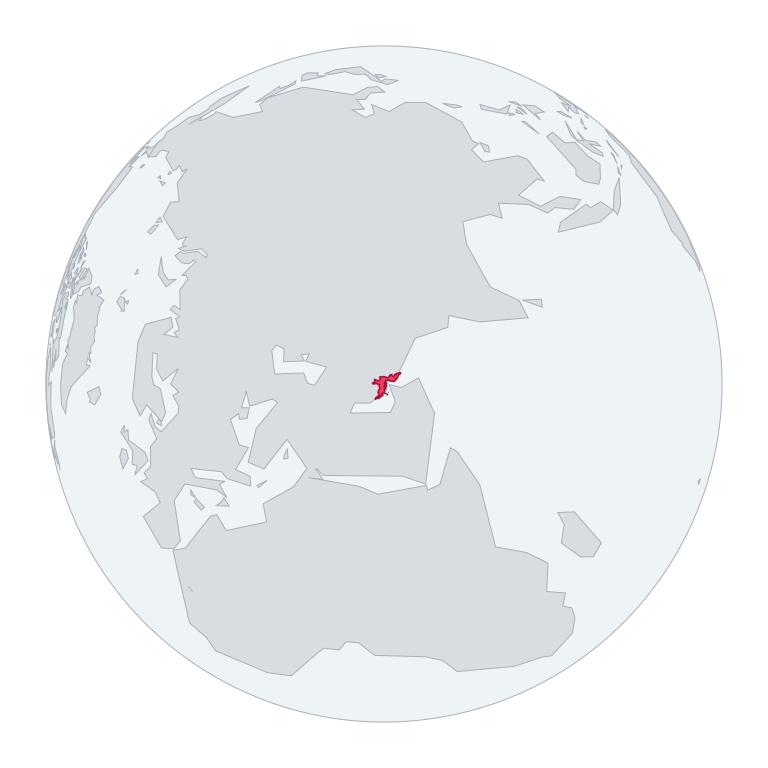 globe centered on Hormozgan, rotated 296°
{"feature_id": "IRN-3228", "entity_name": "Hormozgan", "entity_type": "Province", "adm_level": 1, "iso_a3": "IRN", "parent_name": "Iran", "parent_adm1": "", "projection": "orthographic", "projection_center": [56.023, 27.172], "detail": "fine", "context": "on_globe", "style": "filled", "palette": "rose", "viewbox_px": 768, "rotation_deg": 296, "n_neighbors": 0, "source": "natural_earth", "source_scale": "10m", "svg_char_len": 15249}
<svg xmlns="http://www.w3.org/2000/svg" viewBox="0 0 768 768"><g transform="rotate(296 384 384)"><circle cx="384" cy="384" r="338" fill="#eef3f6" stroke="#a8b0b8"/><path d="M448.2,52.2L448.6,52.3L449.8,52.5L461.6,55.1L456.8,54.1L469.5,57.1L481.1,60.3L479.2,59.8L492.2,64.0L489.3,63.3L493.9,65.3L489.4,64.5L473.5,59.7L470.2,59.4L479.6,62.5L480.9,64.4L467.7,59.7L468.7,62.8L442.2,57.6L410.4,49.3L392.2,49.2L350.2,49.2L350.5,50.0L334.8,51.8L329.3,53.6L323.1,54.0L324.1,55.3L330.9,54.7L333.6,55.3L331.0,56.7L322.5,57.0L322.6,56.4L318.8,57.3L315.7,57.1L315.8,58.0L305.9,58.9L311.7,60.2L300.5,62.8L295.1,62.9L300.9,59.9L302.5,56.2L299.8,56.7L324.1,51.4L348.8,47.9L373.7,46.2L398.7,46.4L423.6,48.4L448.2,52.2ZM246.2,75.4L247.9,74.7L246.8,75.7L259.2,70.8L260.6,70.8L271.3,67.9L264.0,71.7L251.1,77.4L241.8,80.4L235.9,83.4L240.1,83.9L218.4,93.9L196.3,108.8L191.3,111.6L189.9,109.5L201.5,100.0L200.3,100.4L222.8,87.0L246.2,75.4ZM197.5,102.2L195.0,104.3L182.6,112.7L178.1,116.2L175.4,118.5L177.9,117.1L172.4,121.3L174.1,119.2L179.3,115.1L179.1,115.3L180.5,114.2L197.5,102.2ZM495.4,65.8L498.4,66.7L499.5,67.5L495.4,65.8ZM274.6,66.1L273.0,67.0L271.8,67.0L274.6,66.1ZM280.8,64.2L280.7,63.7L283.6,62.8L283.6,63.1L280.8,64.2ZM493.6,67.1L494.5,68.5L490.8,66.2L493.6,67.1ZM280.3,65.2L288.8,61.3L293.9,59.8L298.3,60.0L280.3,65.2ZM493.2,68.7L495.7,73.0L502.5,75.1L484.6,72.5L488.5,69.1L482.8,65.7L489.3,68.1L493.2,68.7ZM334.1,54.0L326.8,54.7L335.3,53.1L334.1,54.0ZM338.9,52.9L361.1,48.7L370.6,49.0L361.2,50.1L375.5,50.2L369.2,52.2L360.0,52.7L355.1,51.9L356.4,53.5L338.9,52.9ZM474.3,70.8L472.5,71.4L471.3,69.9L474.3,70.8ZM335.3,55.5L338.9,54.3L347.4,54.4L341.7,56.8L340.8,55.9L335.3,55.5ZM382.3,49.4L387.6,50.3L383.9,52.1L385.5,52.8L369.8,52.4L382.3,49.4ZM337.5,56.6L338.5,58.1L332.2,59.4L332.3,56.7L337.5,56.6ZM352.1,53.5L355.8,53.8L351.8,54.4L352.1,53.5ZM310.2,66.1L314.3,64.1L319.1,63.9L310.2,66.1ZM339.4,58.6L341.5,58.2L343.9,58.0L343.2,59.3L339.4,58.6ZM368.4,54.0L365.7,54.8L374.6,54.2L372.2,56.0L362.2,55.6L365.5,56.6L364.8,57.2L357.4,56.2L368.4,54.0ZM349.6,60.4L336.1,61.3L327.3,64.8L322.8,64.9L337.7,59.4L349.6,60.4ZM354.9,57.9L350.6,59.4L347.2,58.6L348.0,57.1L354.9,57.9ZM374.2,57.6L380.4,54.9L382.4,55.1L374.2,57.6ZM347.8,61.5L351.1,61.3L347.5,61.8L347.8,61.5ZM366.9,58.8L368.8,57.7L371.0,58.0L366.9,58.8ZM356.1,62.1L351.7,62.2L352.1,61.1L356.1,62.1ZM361.6,60.7L364.1,61.4L354.9,60.6L362.1,60.1L361.6,60.7ZM368.6,59.3L370.5,59.1L367.5,59.8L368.6,59.3ZM357.1,66.9L345.4,66.1L346.2,63.3L357.5,64.4L357.1,66.9ZM73.5,406.2L70.4,349.6L78.2,335.5L84.1,313.8L142.0,267.2L149.2,277.3L189.1,286.0L193.2,290.9L183.1,306.4L208.6,339.0L223.3,327.8L251.8,347.7L274.3,351.8L291.9,321.0L255.1,313.4L254.1,296.3L287.9,288.7L320.8,296.5L321.5,290.2L305.2,273.0L317.3,263.4L300.1,266.3L303.7,273.5L292.9,276.0L289.0,269.7L293.5,266.2L284.8,261.5L265.8,280.6L267.5,290.0L242.1,288.1L242.3,304.0L233.8,309.1L230.2,284.3L234.0,276.5L223.5,247.6L217.1,255.3L226.7,283.6L221.6,280.1L213.1,292.3L215.6,280.2L206.9,248.8L187.1,246.6L153.7,269.7L143.8,267.3L139.1,256.0L159.4,225.8L179.3,234.9L186.7,225.7L189.6,208.2L195.4,212.9L199.0,207.3L207.2,210.5L225.6,201.5L235.0,203.8L248.8,188.2L255.4,187.6L245.4,196.7L243.4,204.8L267.4,211.8L274.0,209.5L281.1,199.2L286.8,203.1L290.5,192.3L307.6,192.3L289.9,183.8L297.7,173.1L311.6,167.2L310.9,162.5L288.4,172.3L282.2,177.8L282.0,184.7L262.5,200.3L252.8,200.7L261.2,179.8L248.4,178.7L260.5,164.2L314.1,144.4L333.1,143.4L350.6,163.5L342.3,169.2L332.0,164.4L335.5,178.4L338.1,172.6L342.9,176.3L351.5,168.1L355.3,170.4L357.1,159.2L362.7,161.1L361.5,168.2L379.1,159.2L392.5,161.7L394.7,158.7L393.2,154.8L411.3,161.3L412.0,158.9L406.4,155.7L404.3,149.0L407.7,140.1L413.8,142.9L413.4,146.4L421.7,158.6L419.7,168.5L422.5,168.8L425.7,161.0L415.6,145.9L415.9,139.9L421.9,146.2L419.8,143.4L421.8,141.4L429.5,142.1L423.4,135.1L437.8,112.1L454.2,112.4L457.9,119.9L474.4,109.9L491.5,113.0L486.3,109.8L490.7,104.2L485.4,103.0L483.2,101.1L491.9,88.6L498.7,88.6L496.6,81.5L493.9,80.1L488.7,79.6L484.6,72.5L502.5,75.1L507.7,78.0L515.4,78.5L526.1,85.4L538.5,92.1L545.8,100.7L555.0,106.0L556.9,105.7L570.9,113.6L592.9,132.2L566.4,118.0L531.8,94.7L545.2,103.7L539.5,102.4L542.8,106.3L552.5,113.2L555.2,113.5L557.5,131.5L575.6,155.4L580.6,149.8L590.3,154.0L615.3,181.1L630.4,229.4L643.4,239.2L648.5,248.0L646.8,256.8L639.3,244.0L631.7,242.6L627.7,234.6L622.4,245.9L616.5,235.1L615.2,250.1L622.8,257.0L629.7,250.4L631.2,269.2L646.4,279.7L655.3,297.9L653.5,339.0L641.0,357.2L641.7,363.7L633.1,360.0L627.1,376.0L647.6,403.9L648.9,413.8L636.7,438.9L635.4,431.8L612.7,422.1L612.3,446.8L629.7,459.9L635.9,480.0L624.2,477.8L617.5,460.3L609.4,456.3L608.8,435.4L596.7,407.6L584.7,417.6L583.0,405.1L564.5,383.7L545.7,397.0L517.8,436.9L518.3,468.8L506.7,484.5L481.7,442.7L474.0,412.2L462.8,416.5L438.8,392.0L391.3,392.4L386.5,384.2L377.1,388.0L360.6,379.5L353.9,365.8L343.0,366.2L361.2,402.2L373.2,401.9L385.8,388.6L388.4,401.3L404.6,412.3L379.8,442.3L312.4,465.2L309.2,441.0L275.2,369.4L278.1,362.1L278.1,361.3L277.9,359.7L271.4,371.1L266.7,357.0L281.2,406.5L282.2,426.7L311.4,466.5L307.8,469.9L318.3,478.3L355.7,471.7L355.2,479.6L335.5,514.2L286.5,555.7L295.0,586.2L294.9,609.9L268.8,621.1L275.7,638.7L262.9,642.0L265.1,651.1L257.4,658.2L242.8,662.5L213.2,653.8L207.7,645.6L187.4,624.9L157.6,575.9L161.2,558.2L157.0,540.8L136.0,494.6L140.3,474.5L135.6,462.8L125.4,460.3L120.4,446.2L114.6,442.8L81.2,428.6L73.5,406.2ZM116.4,296.8L113.4,302.8L116.4,296.8ZM352.2,322.1L374.1,325.1L370.1,303.8L378.3,303.5L373.9,296.7L369.8,302.3L360.0,284.0L371.6,278.9L372.0,270.1L364.6,268.7L345.0,281.3L358.7,306.9L351.2,314.9L352.2,322.1ZM182.5,112.8L182.1,113.2L178.5,116.2L178.4,116.0L182.5,112.8ZM173.4,124.1L164.8,130.7L170.9,125.5L169.0,126.0L179.4,116.5L189.4,112.6L183.0,115.7L173.4,124.1ZM196.1,103.9L188.4,109.6L196.4,103.6L196.1,103.9ZM211.0,176.6L211.5,181.5L205.0,186.8L193.2,186.5L202.4,178.6L211.0,176.6ZM213.7,187.6L225.4,168.4L233.2,168.6L226.8,171.6L230.8,173.7L221.7,179.1L217.8,199.2L211.8,205.4L193.2,199.9L202.6,197.9L201.5,192.8L213.7,187.6ZM241.3,127.0L246.4,120.9L256.7,128.9L250.8,133.9L238.6,133.2L238.5,127.1L241.3,127.0ZM286.5,67.3L287.8,66.1L290.2,65.8L291.0,66.6L286.5,67.3ZM311.7,65.2L283.3,73.1L283.3,71.9L266.6,79.2L260.2,79.0L271.3,74.0L253.9,79.9L261.3,75.4L249.4,80.1L274.7,69.1L280.7,66.0L276.4,69.3L282.1,69.5L286.4,68.6L302.9,64.2L318.5,58.5L326.7,58.6L328.3,60.1L325.8,61.5L321.3,60.8L321.1,63.1L312.7,63.4L311.7,65.2ZM342.3,90.2L338.2,86.9L336.5,95.5L328.0,94.1L328.4,95.2L320.1,96.6L310.7,100.4L307.6,99.1L305.3,101.2L299.8,102.5L295.5,105.1L288.5,104.1L282.8,107.3L282.7,105.0L274.6,111.2L277.6,106.2L270.7,108.0L271.5,111.8L244.4,104.0L230.8,106.0L217.8,110.8L224.5,102.9L241.0,93.9L260.9,86.4L273.0,86.2L273.9,83.2L279.9,82.4L276.7,85.1L285.3,80.6L289.4,80.8L307.2,76.9L316.9,71.2L323.7,70.0L321.9,72.4L329.8,69.6L331.1,73.6L335.9,73.0L342.0,76.8L335.8,82.5L341.7,81.5L346.6,84.9L342.3,90.2ZM358.5,68.0L353.0,74.1L345.7,76.6L338.2,69.1L333.6,69.1L328.5,65.3L339.2,62.0L339.7,63.2L342.6,63.8L338.1,64.6L344.0,64.4L344.8,66.3L349.5,66.9L346.4,68.6L358.5,68.0ZM201.2,286.5L204.9,288.7L211.6,290.1L206.3,298.3L201.2,286.5ZM194.7,265.2L198.6,265.4L194.4,276.7L190.6,274.8L194.7,265.2ZM204.4,256.4L199.2,264.5L199.7,259.0L204.4,256.4ZM249.3,196.7L253.9,196.7L253.0,199.3L248.9,202.4L249.3,196.7ZM335.6,118.7L334.4,115.6L336.6,114.8L340.6,107.7L347.2,108.6L347.4,113.3L335.6,118.7ZM283.6,325.4L275.1,330.3L272.6,326.7L276.0,325.7L283.6,325.4ZM237.3,314.4L246.2,321.2L235.8,316.6L237.3,314.4ZM343.4,118.5L344.3,115.3L347.1,117.8L343.4,118.5ZM352.3,109.0L356.1,111.3L348.5,107.9L352.3,109.0ZM433.9,709.0L437.8,710.0L432.1,710.7L433.9,709.0ZM352.5,611.2L336.5,649.0L320.4,647.8L314.8,636.4L318.9,613.1L336.7,607.5L344.7,596.6L352.5,611.2ZM680.8,503.1L685.0,500.9L684.6,502.4L680.8,503.1ZM676.5,502.1L681.9,498.5L675.1,505.7L676.5,502.1ZM683.9,497.1L689.3,490.4L691.7,486.3L690.9,489.5L683.9,497.1ZM672.6,504.8L648.8,518.2L638.5,519.7L641.6,513.5L658.2,506.4L672.6,504.8ZM640.7,513.8L624.2,507.0L596.9,474.2L606.8,471.7L634.4,487.1L632.8,492.2L642.8,498.9L640.7,513.8ZM678.1,467.7L676.3,481.7L663.8,488.3L657.7,489.5L653.6,474.8L656.0,464.9L661.2,462.4L677.7,421.8L684.2,425.0L679.9,441.0L685.0,449.4L678.1,467.7ZM520.1,471.5L529.2,488.3L522.4,492.6L520.1,471.5ZM681.7,396.2L676.8,413.9L680.5,392.3L681.7,396.2ZM682.3,377.2L683.9,383.6L680.1,379.1L682.3,377.2ZM644.0,373.0L638.7,377.4L637.3,372.7L643.2,364.4L644.0,373.0ZM661.9,313.5L666.7,327.3L667.4,332.6L662.6,325.7L661.9,313.5ZM400.9,127.9L387.9,136.3L382.9,144.2L386.9,151.2L375.7,145.6L383.4,133.2L400.9,127.9ZM432.6,113.5L429.0,108.4L434.2,108.9L435.7,110.1L432.6,113.5ZM427.9,111.6L416.6,108.8L417.0,104.9L425.8,107.8L427.9,111.6ZM379.7,112.2L375.4,114.4L373.3,112.2L379.7,112.2ZM651.3,590.7L628.2,616.0L623.6,618.7L631.1,609.9L639.4,591.2L641.5,590.1L648.0,575.1L672.0,547.0L691.1,509.9L697.2,503.7L706.2,477.8L710.1,470.8L704.9,489.0L705.0,489.7L694.8,516.6L682.5,542.5L667.9,567.3L651.3,590.7ZM691.1,495.7L698.0,480.5L700.7,476.8L691.1,495.7ZM716.5,444.0L714.7,450.3L716.4,441.9L717.1,433.9L712.4,440.3L711.4,436.2L713.9,428.5L709.6,430.2L714.5,420.3L715.6,429.9L718.0,416.0L720.3,411.1L721.0,408.5L716.5,444.0ZM712.7,447.8L713.4,446.6L712.4,451.5L712.7,447.8ZM703.0,450.6L702.5,454.4L701.0,453.4L703.0,450.6ZM705.2,446.3L709.4,444.6L704.6,449.7L705.2,446.3ZM688.1,450.0L690.0,456.8L695.8,446.7L691.3,458.0L694.4,468.3L692.6,474.5L689.8,463.1L687.4,479.3L684.7,481.1L684.0,469.3L687.2,451.3L689.8,442.7L699.8,431.3L688.1,450.0ZM705.5,436.2L704.2,428.0L705.0,420.5L706.5,424.0L705.5,436.2ZM698.8,408.9L693.5,401.3L690.0,408.9L695.7,386.6L700.1,397.4L698.8,408.9ZM692.2,387.3L689.1,394.3L691.4,382.0L692.2,387.3ZM687.5,391.3L685.8,383.8L688.9,382.5L687.5,391.3ZM694.1,386.1L692.4,372.2L695.2,378.8L694.1,386.1ZM680.8,367.4L690.0,375.0L680.4,376.2L673.7,351.1L677.3,347.7L680.8,367.4ZM661.1,250.8L656.7,244.6L658.2,240.5L660.8,245.8L661.1,250.8ZM658.9,223.7L657.1,237.4L654.9,249.6L658.5,250.9L663.3,264.0L654.7,255.8L651.8,238.9L654.5,231.9L649.3,221.6L647.7,212.0L639.2,201.0L636.7,194.7L645.3,202.7L658.9,223.7ZM635.4,196.7L620.0,177.0L625.5,175.1L630.1,178.9L634.8,188.5L631.7,188.9L635.4,196.7ZM617.9,171.9L614.7,172.4L585.4,149.9L580.5,144.9L605.7,159.6L604.1,161.1L610.3,167.3L617.9,171.9ZM476.1,72.6L472.8,71.5L476.0,71.7L476.1,72.6ZM480.2,100.7L477.7,98.2L481.5,98.1L480.2,100.7ZM473.1,91.5L470.5,93.3L470.7,90.2L473.1,91.5ZM465.1,97.9L468.2,93.5L468.9,99.4L465.1,97.9Z" fill="#d9dde1" stroke="#a8b0b8" stroke-width="1"/><path d="M401.2,394.0L400.9,394.1L400.6,394.3L400.4,394.2L400.2,394.3L400.0,394.2L399.8,394.1L399.6,393.8L399.4,393.6L399.2,393.5L398.9,393.3L398.4,393.3L397.4,393.2L397.1,393.2L396.8,393.2L396.7,393.2L396.4,393.1L396.2,393.3L395.9,393.4L395.6,393.5L395.4,393.5L394.9,393.4L394.6,393.2L394.5,392.8L394.3,392.6L394.1,392.6L393.9,392.7L393.7,392.8L393.4,393.0L393.3,392.7L393.3,392.4L393.2,392.4L392.5,392.4L392.3,392.3L392.1,392.4L391.6,392.3L391.6,392.2L390.9,392.2L390.8,391.8L390.6,391.5L390.5,391.1L390.3,390.9L390.2,390.9L390.1,390.4L390.1,390.2L390.3,389.9L390.2,389.7L389.9,389.3L389.9,389.2L389.8,388.7L389.7,388.6L389.6,388.4L389.6,387.5L389.6,387.2L389.3,385.9L389.2,385.8L389.0,385.6L389.0,385.4L388.7,385.3L388.8,385.3L389.0,385.2L388.9,385.1L389.0,385.0L388.8,385.1L388.7,385.1L388.6,384.9L388.5,385.0L388.4,384.9L388.5,384.6L388.4,384.5L388.2,384.4L388.1,384.2L388.0,384.3L387.9,384.3L387.8,384.2L387.7,384.1L387.1,384.1L386.9,384.1L386.2,384.0L385.9,383.8L385.7,383.8L385.4,383.8L385.2,383.9L385.0,384.0L384.5,384.1L384.4,384.2L384.4,384.3L383.8,384.6L383.6,384.9L383.1,385.0L382.8,385.0L382.6,385.0L382.4,385.0L382.2,385.0L381.8,385.3L381.5,385.6L381.7,385.8L381.5,386.1L381.4,386.3L381.2,386.4L380.9,386.4L380.7,386.4L380.3,386.3L380.0,386.2L379.8,386.3L379.7,386.6L379.2,386.8L378.8,387.1L378.2,387.5L377.7,387.8L377.5,388.0L377.3,387.9L376.8,387.9L376.6,387.9L376.5,387.7L376.4,387.6L376.3,387.4L376.1,387.4L375.6,387.4L375.4,387.3L375.1,386.8L375.0,386.6L374.9,386.6L374.6,386.7L374.1,386.7L373.6,386.5L373.5,386.4L373.4,386.4L373.0,386.6L372.5,386.7L372.4,386.7L372.2,386.6L371.9,386.6L371.6,386.4L371.2,386.1L370.7,385.7L370.6,385.3L370.5,385.1L370.3,384.9L368.5,384.3L368.3,384.2L368.1,384.0L367.8,383.9L367.7,383.8L367.7,383.7L367.4,383.5L366.9,383.1L366.5,382.9L366.6,382.7L367.2,382.6L367.5,382.7L368.0,382.6L368.2,382.9L368.5,383.2L369.7,383.4L369.9,383.4L370.3,383.8L370.5,383.9L370.9,383.8L371.0,383.8L372.6,384.1L373.2,383.8L373.3,383.6L373.3,383.4L373.4,383.0L373.5,382.6L373.7,382.3L374.2,382.1L375.6,382.0L376.0,382.0L376.5,382.0L376.9,381.9L378.3,382.1L379.0,381.9L379.3,381.6L379.5,381.1L379.7,380.8L380.4,380.4L380.9,380.3L381.2,380.3L381.3,380.2L381.5,380.2L381.6,379.7L381.3,379.3L380.9,378.9L380.9,378.7L381.2,377.5L381.2,376.9L381.1,376.5L379.5,375.0L379.5,374.7L379.7,374.4L379.4,373.5L379.8,373.5L380.8,373.8L381.2,374.2L381.4,374.5L381.7,374.6L381.9,374.7L382.2,374.7L383.2,373.9L383.8,373.6L384.0,373.6L384.1,373.8L384.2,376.0L384.1,376.5L384.2,377.1L384.7,377.7L385.1,378.1L385.6,378.4L386.3,378.5L386.6,378.4L387.2,378.1L387.8,377.6L387.9,377.4L388.2,377.2L388.4,377.2L389.0,377.5L389.0,378.2L389.2,379.1L389.3,379.2L389.4,379.3L389.5,379.3L389.8,379.5L390.0,379.7L390.1,380.0L390.4,380.2L390.6,380.6L390.6,380.9L390.5,381.0L390.4,381.2L390.5,381.3L390.8,381.7L391.0,382.2L391.2,384.4L391.3,384.7L392.9,385.5L393.3,385.8L393.7,385.6L393.8,385.4L394.0,385.3L394.4,385.3L394.7,385.5L395.1,385.8L395.4,386.2L395.6,386.5L395.2,386.4L395.1,386.5L395.2,386.9L395.2,387.1L395.1,387.3L395.0,387.5L394.9,388.6L395.0,389.0L394.9,389.3L394.8,389.5L395.5,389.5L396.0,389.6L396.3,389.5L396.4,389.4L396.6,389.5L396.8,389.6L397.2,389.6L397.3,389.7L397.2,389.8L397.2,390.0L397.3,390.1L397.3,390.3L397.6,390.5L397.9,390.5L398.1,390.4L398.4,390.2L398.6,390.3L398.8,390.4L399.0,390.7L398.9,390.9L398.9,391.1L399.2,391.3L400.2,392.2L400.4,392.5L400.5,392.8L400.8,392.9L400.8,393.1L401.0,393.2L401.2,393.6L401.3,393.7L401.3,393.8L401.2,393.9L401.2,394.0ZM385.0,385.0L385.3,385.2L385.4,385.3L385.2,385.4L384.9,385.5L384.6,385.9L384.4,386.2L384.3,386.3L384.1,386.4L383.8,386.7L383.6,386.8L383.2,386.5L382.9,386.7L382.7,386.9L382.3,386.8L382.2,386.8L381.8,387.1L381.5,387.2L381.3,387.4L380.9,387.4L380.7,387.5L380.4,387.5L380.2,387.7L380.1,387.3L380.1,387.1L380.4,387.1L380.5,387.1L380.7,386.9L381.6,386.7L382.0,386.4L382.3,386.3L382.5,386.3L382.7,386.2L382.8,385.9L382.7,385.7L382.5,385.4L383.3,385.6L383.5,385.5L384.1,385.2L384.8,385.0L385.0,385.0ZM373.5,388.0L373.1,387.9L372.9,387.8L372.8,387.7L373.0,387.5L373.4,387.6L373.5,387.6L373.6,387.8L373.5,388.0ZM369.8,386.0L369.7,386.1L369.3,386.0L369.1,385.9L368.9,385.7L369.0,385.7L369.5,385.8L369.9,385.9L370.0,385.9L370.1,386.0L369.8,386.0ZM385.6,386.0L385.6,385.8L385.7,385.7L385.8,385.7L386.0,385.6L386.0,385.8L385.9,386.0L385.7,386.0L385.6,386.0ZM386.4,384.4L386.5,384.5L386.3,384.8L386.2,384.7L386.3,384.4L386.4,384.4ZM376.0,389.0L376.1,389.4L375.9,389.3L375.9,389.1L376.0,389.0L376.0,389.0ZM383.3,386.9L383.4,387.0L383.2,387.3L383.1,387.1L383.3,386.9ZM371.4,386.7L371.5,386.8L371.3,386.9L371.2,386.8L371.3,386.7L371.4,386.7ZM378.8,391.5L378.7,391.8L378.7,391.7L378.8,391.5ZM376.2,391.3L376.2,391.5L376.0,391.4L376.2,391.3Z" fill="#f43f5e" stroke="#9f1239" stroke-width="1.5"/></g></svg>